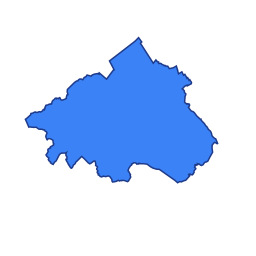 Coeneo, Michoacán, Mexico, rotated 43°
{"feature_id": "50627088B32739795926391", "entity_name": "Coeneo", "entity_type": "district", "adm_level": 2, "iso_a3": "MEX", "parent_name": "Mexico", "parent_adm1": "Michoacán", "projection": "albers", "projection_center": [-101.63, 19.787], "detail": "fine", "context": "isolated", "style": "filled", "palette": "blue", "viewbox_px": 256, "rotation_deg": 43, "n_neighbors": 0, "source": "geoboundaries", "source_scale": "gbopen_adm2", "svg_char_len": 5660}
<svg xmlns="http://www.w3.org/2000/svg" viewBox="0 0 256 256"><g transform="rotate(43 128 128)"><path d="M98.1,205.7L97.6,203.0L97.9,201.3L97.8,200.7L96.1,194.8L96.0,193.6L96.1,192.7L96.6,191.6L99.3,189.0L99.6,188.5L99.7,188.1L99.8,188.4L100.0,188.7L100.1,189.1L101.2,190.3L101.6,190.5L102.0,190.4L103.3,191.0L104.6,192.6L104.0,193.3L104.9,193.8L107.3,194.5L109.9,195.5L110.4,195.3L111.5,195.9L112.1,196.0L113.9,196.2L114.2,195.6L114.2,194.8L113.9,193.7L113.3,192.1L113.7,191.0L113.5,189.4L113.1,188.8L113.3,186.6L113.5,180.4L117.1,180.3L122.9,180.6L123.5,180.4L124.5,180.3L125.0,178.8L125.5,175.7L126.2,174.8L126.6,174.7L129.1,176.4L129.3,176.6L129.5,177.1L129.8,177.4L130.4,177.5L131.5,177.2L132.2,177.2L132.4,177.5L132.8,179.0L133.0,179.3L133.5,179.6L135.2,179.8L135.4,180.0L135.4,181.0L135.7,181.4L136.0,181.6L136.4,181.7L136.9,181.7L137.6,181.4L137.8,181.7L138.1,182.6L138.3,182.6L139.3,182.2L140.1,182.4L140.6,182.3L140.9,182.4L141.8,181.8L142.2,181.7L142.5,180.6L142.8,180.4L142.9,179.9L144.7,178.9L145.1,178.5L145.7,177.3L146.1,176.7L146.8,176.3L147.4,176.0L148.4,176.0L149.8,176.4L150.9,176.5L151.7,177.0L152.4,177.7L153.0,177.9L153.6,178.0L154.8,176.5L155.9,174.9L156.5,172.9L157.9,172.6L158.6,171.1L159.2,171.0L159.8,169.9L161.1,168.9L164.3,167.5L164.5,166.4L163.5,162.2L163.3,161.9L162.6,161.5L161.9,161.3L161.6,160.4L161.3,160.2L160.4,160.2L159.9,159.9L159.1,159.7L158.2,159.2L157.7,159.2L157.3,159.3L157.1,159.1L156.2,157.2L155.6,154.3L155.7,153.4L155.9,152.9L155.8,152.2L155.6,152.0L155.2,151.8L155.8,150.4L156.1,149.2L157.8,148.2L159.2,148.4L159.7,147.1L160.1,147.2L160.2,146.5L160.7,146.3L160.6,146.0L161.5,145.6L163.9,143.4L166.7,141.4L170.8,141.0L173.6,140.3L176.9,138.7L179.1,136.9L198.0,134.3L201.6,134.2L202.4,131.9L203.9,130.9L204.5,129.0L204.8,128.8L205.1,128.0L205.8,127.0L205.9,126.2L205.7,120.8L205.2,120.8L204.2,120.9L204.1,120.3L204.7,119.4L206.3,118.9L207.0,118.4L206.8,117.6L207.1,117.2L206.8,116.7L206.7,116.2L206.8,115.8L206.7,115.5L206.3,115.3L205.5,114.1L205.4,111.6L205.1,111.3L203.4,111.3L203.0,109.9L203.1,109.7L202.7,109.2L202.2,109.4L202.2,109.1L202.4,108.7L202.8,108.6L202.6,108.4L202.7,108.2L203.6,108.0L203.6,107.7L204.0,107.3L203.8,106.6L203.5,106.5L204.5,106.0L204.5,105.8L204.3,105.7L204.7,105.7L205.0,105.8L205.2,105.7L205.7,105.8L206.4,105.7L207.4,105.2L208.0,103.3L207.7,102.7L207.6,101.1L207.9,100.0L208.2,99.7L208.6,99.2L208.7,98.4L209.0,97.9L207.6,93.0L206.8,89.6L206.4,88.0L203.3,85.5L202.7,84.9L201.8,83.7L201.2,83.2L201.0,79.6L202.3,79.0L203.9,78.7L204.1,78.2L203.1,77.7L199.5,76.1L198.5,76.5L196.8,76.6L195.3,76.5L194.3,76.1L192.5,74.9L191.7,74.5L190.4,74.1L187.3,74.2L187.0,73.9L184.5,73.2L183.3,73.4L181.1,72.7L177.3,72.5L175.7,72.3L175.8,72.2L175.5,71.8L175.1,72.3L174.1,72.2L172.3,72.3L170.2,72.3L165.9,71.5L164.2,71.7L163.0,72.3L162.3,72.4L161.5,72.3L159.1,71.9L158.1,71.6L158.2,71.1L157.9,70.9L158.0,70.7L157.9,70.5L157.9,70.3L157.5,69.3L157.4,69.2L157.1,69.2L156.9,69.0L156.6,69.1L156.4,68.8L156.0,69.0L155.9,69.4L155.1,69.5L154.8,70.0L154.8,70.4L154.4,70.3L153.5,70.5L151.9,70.6L150.0,68.3L149.1,67.0L148.6,66.7L148.3,66.3L148.2,65.8L147.9,65.3L147.7,64.6L147.2,63.8L146.9,63.6L146.7,63.5L146.1,63.6L145.1,63.5L144.9,63.5L143.9,62.4L141.8,62.2L141.0,62.4L141.1,60.1L140.9,59.3L141.6,57.0L142.1,56.4L142.2,56.6L142.6,56.8L144.1,52.5L143.5,51.5L143.3,51.4L142.7,51.1L141.2,50.9L140.2,50.5L140.1,51.5L137.3,50.5L137.2,51.4L135.3,50.7L133.0,50.0L132.7,51.3L132.6,51.5L129.1,50.2L128.0,53.9L124.5,51.8L124.6,51.7L124.4,51.6L121.1,49.7L120.0,53.2L117.7,56.4L114.9,55.7L114.8,55.9L113.3,57.0L112.6,56.9L112.2,57.1L112.1,57.3L112.1,57.6L111.9,57.8L111.3,57.7L109.6,58.2L109.5,58.4L108.2,58.3L107.2,58.9L107.0,59.2L106.9,59.1L107.0,59.3L106.5,59.9L106.0,59.7L105.3,58.9L105.0,59.2L103.3,59.4L102.0,59.2L102.3,63.4L80.3,57.8L79.6,57.8L79.3,57.6L79.4,55.7L74.1,54.7L74.0,59.0L73.8,60.8L68.7,91.6L78.2,94.9L77.8,95.6L79.0,106.9L69.9,107.3L70.0,107.4L69.2,108.0L69.9,108.5L68.8,109.1L68.1,109.6L66.5,111.8L65.6,113.9L65.6,114.7L65.7,115.2L61.9,117.2L62.2,119.0L61.5,121.1L62.0,123.6L60.5,124.0L59.4,125.0L59.1,125.8L59.0,126.6L59.0,127.1L59.2,127.7L58.5,128.5L58.3,128.9L58.1,129.7L57.8,131.5L57.8,131.8L57.4,140.9L57.4,141.2L59.1,143.3L59.9,143.6L61.3,144.6L60.8,145.4L62.0,147.7L62.8,148.5L61.3,151.8L60.2,153.1L59.1,153.0L58.2,152.4L57.4,152.4L57.2,153.8L56.9,153.7L56.7,153.7L56.0,154.9L55.8,155.4L55.4,155.4L55.2,155.1L54.5,155.8L54.6,157.6L54.3,158.8L54.4,160.1L55.4,162.1L55.8,163.4L55.9,163.5L55.1,163.1L54.9,163.2L53.8,165.0L53.7,165.7L53.2,166.5L52.6,167.0L52.5,167.5L52.9,168.4L52.9,168.7L53.1,168.8L53.4,169.9L54.0,170.4L54.0,170.9L54.3,171.3L54.4,171.7L53.7,171.7L53.4,172.4L53.8,173.6L53.3,175.8L52.4,176.2L51.6,177.2L51.2,178.3L49.6,179.6L49.1,179.6L48.0,182.4L47.1,183.5L47.2,183.9L47.5,184.3L47.8,184.7L47.8,184.9L47.3,190.4L47.0,191.6L54.9,195.0L55.0,194.7L55.8,193.9L57.0,193.1L57.3,192.8L58.7,191.8L60.1,190.2L60.5,190.0L62.5,189.8L63.3,189.7L63.8,189.5L64.5,188.8L65.2,188.4L65.6,187.8L66.4,187.3L67.4,187.2L68.0,186.4L68.8,186.4L69.2,186.7L69.7,186.8L71.1,186.4L71.4,186.5L71.7,186.6L72.3,187.2L72.5,187.6L72.9,188.9L73.6,190.2L74.2,190.6L76.7,191.8L77.0,191.7L76.9,190.5L77.5,189.7L78.2,189.0L80.5,188.3L81.5,188.2L83.7,190.1L84.4,190.1L84.8,190.8L84.8,191.2L85.1,191.4L85.1,191.6L84.2,194.4L84.2,195.2L84.9,195.5L84.5,196.2L84.0,197.7L84.2,198.6L84.9,199.2L85.5,199.4L86.3,202.1L86.2,202.9L86.3,203.4L86.8,203.8L87.5,203.8L87.8,204.0L88.1,204.1L89.0,204.1L90.6,204.0L90.8,204.5L91.2,205.0L91.3,205.5L92.2,205.7L92.5,205.9L93.3,205.7L94.3,205.8L94.7,205.7L94.8,205.8L94.8,206.1L95.1,206.1L95.2,206.3L97.3,206.0L98.1,205.7Z" fill="#3b82f6" stroke="#1e3a8a" stroke-width="1.5"/></g></svg>